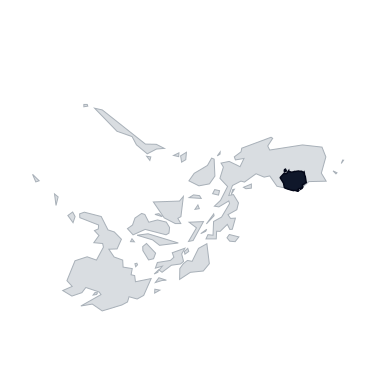 location of Isabela within Philippines, rotated 81°
{"feature_id": "PHL-2550", "entity_name": "Isabela", "entity_type": "Province", "adm_level": 1, "iso_a3": "PHL", "parent_name": "Philippines", "parent_adm1": "", "projection": "orthographic", "projection_center": [122.081, 16.969], "detail": "fine", "context": "in_parent", "style": "filled", "palette": "ink", "viewbox_px": 384, "rotation_deg": 81, "n_neighbors": 0, "source": "natural_earth", "source_scale": "10m", "svg_char_len": 5061}
<svg xmlns="http://www.w3.org/2000/svg" viewBox="0 0 384 384"><g transform="rotate(81 192 192)"><path d="M178.3,54.3L193.6,61.3L202.3,57.8L200.0,75.0L207.6,86.8L199.6,107.2L188.3,112.7L188.6,118.4L184.0,125.9L190.4,138.6L188.9,142.0L191.9,151.0L201.2,156.2L201.0,151.5L210.0,147.8L216.5,150.5L220.0,160.0L224.1,158.1L224.6,153.2L235.1,158.0L234.9,160.5L229.5,162.2L235.3,170.4L234.6,173.8L242.1,175.4L240.5,185.5L236.6,182.9L238.0,178.0L224.5,175.3L221.4,166.7L209.3,156.7L206.6,157.1L210.9,167.8L209.5,172.1L204.7,165.1L192.1,156.0L182.9,162.3L172.3,157.1L168.0,158.8L167.6,150.5L174.5,140.6L167.0,135.4L167.1,144.1L163.9,144.7L160.0,137.3L156.5,136.0L150.3,105.4L151.6,103.9L158.4,110.0L162.7,108.7L162.8,75.5L168.0,56.6L178.3,54.3ZM271.1,245.9L286.6,255.9L289.1,262.9L285.6,270.6L290.5,272.9L292.6,278.9L295.4,299.3L287.1,308.0L287.2,319.6L279.1,297.9L276.2,299.4L269.7,311.8L274.2,316.5L276.0,326.9L269.1,335.1L266.5,325.1L260.0,329.4L241.6,318.3L239.6,305.7L244.3,297.0L232.6,288.1L228.9,288.3L226.7,296.9L220.4,290.7L214.9,294.4L213.8,290.3L210.0,289.4L199.8,306.8L196.0,306.4L195.1,301.5L202.0,285.5L216.3,280.9L219.3,275.0L227.6,269.1L236.5,274.9L235.5,283.1L244.0,279.1L248.4,271.1L255.4,271.8L258.3,263.0L264.2,265.1L265.6,261.7L271.8,261.9L271.1,245.9ZM225.1,256.9L218.1,261.5L215.3,255.9L208.8,252.4L205.3,245.1L206.8,242.1L215.1,239.4L214.2,230.4L217.7,222.1L223.6,219.7L229.0,221.2L230.2,224.3L221.6,244.1L225.1,256.9ZM265.5,186.1L271.8,193.2L271.1,206.2L276.4,217.9L265.7,216.0L261.4,211.8L258.9,207.2L260.5,202.7L248.7,194.4L245.4,185.4L265.5,186.1ZM195.0,201.2L214.6,206.8L215.8,210.1L221.4,208.0L220.6,213.4L213.2,223.5L195.8,231.7L199.0,205.8L195.0,201.2ZM120.3,256.6L94.0,275.1L96.9,267.8L137.4,230.5L139.3,219.8L144.6,212.5L144.0,220.3L147.3,230.2L136.7,239.5L127.9,242.5L120.3,256.6ZM163.0,165.0L179.9,166.9L186.7,173.5L187.0,184.2L180.5,193.3L173.9,186.9L168.2,172.6L161.6,167.3L163.0,165.0ZM251.6,211.9L259.2,211.2L261.3,214.6L261.1,223.8L266.6,234.1L264.0,236.7L260.6,232.9L261.5,240.1L256.2,237.2L256.2,224.0L253.6,220.1L248.9,221.0L246.4,207.8L251.6,211.9ZM226.1,253.0L226.4,241.9L240.2,213.5L239.6,232.4L233.1,238.4L226.1,253.0ZM252.3,245.5L242.2,249.7L238.2,249.2L235.7,245.0L246.7,237.5L251.9,240.4L252.3,245.5ZM223.0,185.3L240.1,198.5L240.3,203.2L228.1,193.2L221.4,199.6L223.0,185.3ZM246.5,162.4L242.7,164.6L239.8,161.8L243.7,152.7L247.8,157.2L246.5,162.4ZM203.7,314.3L195.8,318.3L193.1,313.0L198.0,311.3L203.7,314.3ZM151.9,191.3L159.1,193.1L160.9,197.6L154.5,197.6L151.9,191.3ZM195.0,164.6L199.2,166.3L196.9,171.9L193.2,169.2L195.0,164.6ZM175.9,325.0L184.0,328.4L172.4,328.1L175.9,325.0ZM275.7,242.4L271.5,238.1L275.1,231.1L274.7,235.3L275.7,242.4ZM199.8,183.9L197.1,195.7L195.1,190.9L196.8,185.1L199.8,183.9ZM157.0,341.2L157.6,344.7L149.6,346.7L157.0,341.2ZM197.5,132.8L197.2,138.2L195.4,140.4L193.4,132.1L197.5,132.8ZM211.7,225.3L208.3,232.1L208.2,228.1L211.7,225.3ZM155.0,199.6L153.0,204.5L151.3,198.8L155.0,199.6ZM252.3,208.7L249.6,208.9L247.0,205.0L250.2,204.5L252.3,208.7ZM209.6,187.4L209.6,191.8L205.7,188.2L209.6,187.4ZM286.0,244.7L282.2,243.9L283.9,239.1L286.0,244.7ZM218.9,173.9L225.8,182.8L217.0,174.0L218.9,173.9ZM154.2,228.7L149.6,231.2L150.9,227.2L154.2,228.7ZM232.2,256.7L231.4,260.5L228.8,258.6L232.2,256.7ZM233.0,184.7L234.5,189.9L231.1,183.3L233.0,184.7ZM90.9,285.5L88.6,285.1L89.1,281.8L90.9,281.5L90.9,285.5ZM257.0,259.3L253.9,259.6L253.7,257.6L255.4,257.2L257.0,259.3ZM278.3,305.8L276.1,303.5L276.8,301.1L278.3,302.2L278.3,305.8ZM159.0,158.4L160.3,161.4L156.8,157.9L159.0,158.4ZM265.9,238.2L267.1,242.2L263.8,237.4L265.9,238.2ZM196.6,47.0L193.2,49.4L195.7,45.8L196.6,47.0ZM200.5,153.6L195.9,151.3L195.9,149.7L200.5,153.6ZM184.3,37.3L187.2,40.1L184.0,38.2L184.3,37.3Z" fill="#d9dde1" stroke="#a8b0b8" stroke-width="1"/><path d="M200.6,77.7L200.8,78.2L200.9,78.7L201.1,79.1L201.5,79.7L201.8,80.2L201.8,80.7L201.9,81.0L201.9,81.3L202.0,81.7L202.3,81.8L202.4,81.7L202.6,81.6L202.8,81.6L203.1,82.0L203.3,82.1L203.6,82.1L204.1,81.8L204.4,81.8L204.7,81.9L204.9,82.6L205.2,82.8L205.1,82.3L205.4,82.5L205.8,83.1L206.0,83.7L205.6,83.4L205.4,83.3L205.3,83.5L205.3,83.8L205.5,84.4L205.6,84.7L205.5,85.0L205.3,85.7L205.3,86.0L205.5,86.3L206.0,86.7L206.2,87.0L206.2,86.9L206.4,86.8L206.5,86.7L206.8,86.8L207.0,86.6L207.2,86.4L207.6,86.7L207.8,87.1L207.8,87.5L207.6,87.9L207.4,88.3L207.3,88.5L207.2,88.7L207.1,89.0L206.9,89.1L206.6,89.7L206.4,91.4L206.5,91.8L206.1,92.4L205.6,93.9L204.6,95.7L204.4,96.3L204.0,97.2L203.8,97.5L203.6,97.8L203.0,98.9L202.8,99.3L202.1,99.9L201.9,100.1L197.6,100.2L191.9,102.6L191.6,102.6L191.3,102.4L187.8,97.9L188.5,97.2L188.6,95.7L186.0,93.1L186.5,93.1L186.9,92.8L187.1,92.6L187.4,91.8L187.6,91.6L187.8,91.5L187.9,91.4L188.0,89.2L188.0,88.8L187.8,88.0L187.7,87.6L187.9,86.7L187.9,84.0L187.9,83.6L188.4,82.3L188.6,80.8L188.8,80.3L189.7,79.4L190.0,78.8L189.6,78.2L190.7,78.1L193.1,78.1L193.4,78.0L194.1,77.7L194.5,77.7L200.6,77.7ZM185.7,97.5L184.9,97.4L184.3,97.0L184.2,96.4L184.1,96.1L185.9,95.5L186.5,96.4L186.1,97.5L185.7,97.5Z" fill="#0f172a" stroke="#020617" stroke-width="1.5"/></g></svg>